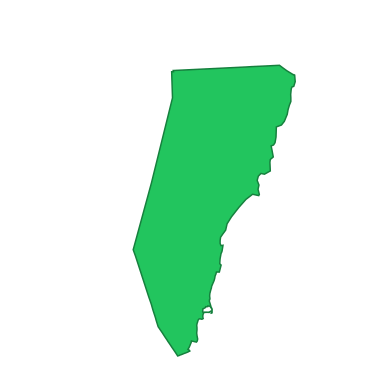 outline of Al Hawak, Al Hudaydah, Yemen, rotated 207°
{"feature_id": "15242507B19229428361360", "entity_name": "Al Hawak", "entity_type": "district", "adm_level": 2, "iso_a3": "YEM", "parent_name": "Yemen", "parent_adm1": "Al Hudaydah", "projection": "robinson", "projection_center": [42.952, 14.752], "detail": "fine", "context": "isolated", "style": "filled", "palette": "green", "viewbox_px": 384, "rotation_deg": 207, "n_neighbors": 0, "source": "geoboundaries", "source_scale": "gbopen_adm2", "svg_char_len": 3175}
<svg xmlns="http://www.w3.org/2000/svg" viewBox="0 0 384 384"><g transform="rotate(207 192 192)"><path d="M264.7,289.9L252.1,267.0L234.5,191.3L232.3,181.9L218.6,115.9L218.2,113.9L213.1,109.1L207.7,103.7L201.9,97.9L201.3,97.4L201.2,97.2L187.5,83.5L187.0,83.0L182.8,78.8L178.3,74.5L176.9,73.1L173.4,69.3L172.2,68.1L171.5,67.4L167.6,63.5L167.4,63.3L165.6,61.3L161.0,56.6L154.8,53.2L154.4,53.0L153.6,52.5L149.8,50.3L147.2,48.9L145.4,47.8L145.0,47.6L142.6,46.3L142.4,46.2L139.6,44.6L137.2,43.3L135.9,42.6L133.9,41.5L133.2,41.1L130.3,39.4L129.6,40.1L129.2,40.5L128.9,40.9L128.5,41.5L128.0,41.9L127.8,42.1L127.7,42.3L127.2,42.8L126.9,43.1L126.8,43.3L126.5,43.6L126.0,44.2L125.6,44.7L124.6,45.7L124.2,46.2L124.0,46.4L123.3,47.2L123.0,47.6L122.8,47.8L122.2,48.8L121.8,49.1L121.7,49.3L122.4,49.8L123.6,49.9L124.2,49.9L124.1,50.5L124.1,51.4L124.0,52.8L124.1,53.1L124.1,53.4L124.2,55.0L124.3,55.9L124.3,56.2L124.4,57.3L124.5,57.9L124.6,58.1L124.9,59.0L124.0,59.2L123.6,59.4L123.3,59.4L122.8,59.6L122.1,59.7L119.9,60.3L119.8,60.8L119.7,61.5L119.8,62.2L119.9,62.5L120.0,62.9L120.1,63.3L120.7,64.3L120.9,64.5L121.2,64.8L121.7,65.5L121.9,65.8L122.1,66.0L122.4,66.4L123.0,67.3L123.7,68.3L124.2,69.5L124.6,70.5L124.7,70.8L124.9,71.2L125.1,71.7L125.3,72.1L125.9,73.2L126.1,73.6L126.7,74.5L127.0,74.9L127.2,75.4L127.4,75.6L127.5,76.2L127.6,76.6L127.8,77.1L127.9,77.8L127.9,78.1L128.0,78.6L128.3,80.1L128.4,80.5L128.2,81.8L127.5,82.6L126.9,82.8L126.3,82.8L126.1,82.8L125.1,83.4L124.8,84.1L124.6,84.3L125.0,84.7L125.8,85.9L126.2,86.6L126.4,87.5L126.6,87.8L126.6,88.0L126.7,88.6L126.6,88.9L126.6,89.4L126.7,89.8L126.5,90.2L126.3,90.4L125.3,90.9L123.6,91.8L122.0,92.5L121.9,92.8L121.3,93.9L121.4,94.0L122.1,92.8L122.2,92.6L122.4,92.6L123.3,92.1L125.6,91.0L126.9,90.3L127.7,89.8L128.1,90.0L128.9,92.1L129.3,92.5L129.3,92.8L129.1,93.0L128.7,93.5L128.2,94.2L127.6,95.1L127.6,95.6L127.6,95.8L127.7,96.0L127.4,96.1L126.0,97.0L126.2,97.6L125.4,97.9L124.3,98.4L122.0,97.2L121.5,96.9L121.2,96.8L121.1,96.6L120.9,96.4L120.8,96.1L120.6,95.6L120.5,95.3L120.3,95.1L120.1,94.9L120.0,94.4L119.8,93.8L119.9,93.4L119.8,92.8L119.4,93.1L119.3,93.5L120.9,96.8L123.4,98.7L123.7,99.2L127.0,102.6L127.6,104.3L127.4,104.6L127.6,105.1L129.1,107.4L130.0,109.6L130.8,113.2L131.1,115.1L131.7,117.0L132.1,123.0L132.5,125.1L133.3,127.7L133.4,129.5L133.9,131.8L131.3,133.1L132.9,140.1L134.7,140.7L136.6,145.1L138.2,150.4L138.2,151.7L138.4,153.0L140.2,158.6L141.8,157.4L143.6,158.9L144.9,161.5L146.0,164.7L145.5,168.5L144.7,173.3L146.3,179.6L145.6,187.6L143.3,199.4L140.6,209.9L139.5,212.2L137.0,217.5L130.9,219.1L130.9,220.4L134.4,224.4L135.5,228.6L139.2,231.9L140.1,236.2L139.0,239.8L135.5,240.8L131.8,246.3L136.1,253.9L137.0,256.5L135.5,260.1L137.8,263.1L139.8,265.7L142.4,269.0L140.7,270.9L140.4,273.6L142.1,279.1L146.4,288.3L142.7,292.3L141.8,296.9L142.1,300.5L142.4,304.4L143.8,309.0L144.7,313.9L145.0,317.5L146.7,320.8L148.4,323.8L150.4,329.0L150.6,331.0L149.3,332.3L150.1,337.1L153.6,342.8L153.8,342.8L153.6,342.4L162.6,343.1L167.6,343.9L171.6,344.6L178.4,340.7L180.8,339.3L196.1,330.6L197.6,329.7L199.8,328.4L225.8,313.5L263.9,291.7L263.1,290.8L264.7,289.9Z" fill="#22c55e" stroke="#15803d" stroke-width="1.5"/></g></svg>